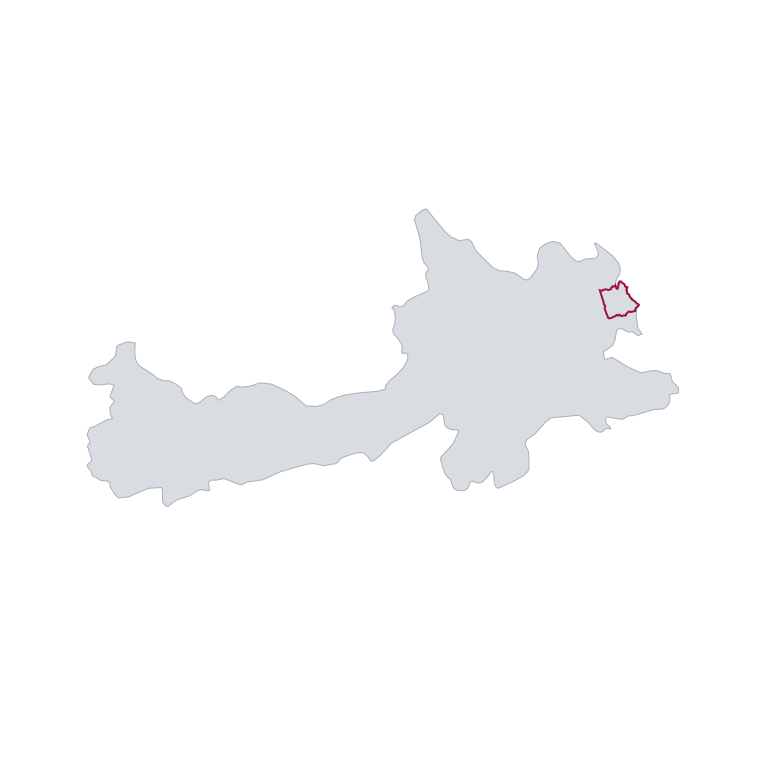 location of Long, Louang Namtha, Laos, rotated 117°
{"feature_id": "54806243B81400796532262", "entity_name": "Long", "entity_type": "district", "adm_level": 2, "iso_a3": "LAO", "parent_name": "Laos", "parent_adm1": "Louang Namtha", "projection": "mercator", "projection_center": [100.748, 20.99], "detail": "fine", "context": "in_parent", "style": "outline", "palette": "rose", "viewbox_px": 768, "rotation_deg": 117, "n_neighbors": 0, "source": "geoboundaries", "source_scale": "gbopen_adm2", "svg_char_len": 8460}
<svg xmlns="http://www.w3.org/2000/svg" viewBox="0 0 768 768"><g transform="rotate(117 384 384)"><path d="M280.5,125.3L283.8,131.3L299.1,147.7L301.7,152.1L307.3,155.5L312.0,169.9L314.0,170.8L316.5,169.8L318.4,167.8L320.0,162.2L321.1,161.6L322.8,166.2L327.1,167.6L329.0,169.6L329.5,173.1L328.9,176.7L325.3,184.9L323.2,195.9L338.1,219.5L344.3,222.7L359.2,226.6L369.3,231.8L374.0,230.5L378.5,224.7L383.9,221.4L393.9,216.4L396.8,216.1L402.3,218.1L411.4,224.0L425.2,235.0L424.7,237.9L422.2,240.7L414.9,245.1L412.5,247.9L413.9,248.9L420.1,249.6L427.3,252.1L429.5,255.0L430.7,261.5L432.0,262.7L438.7,262.0L440.8,262.9L443.2,265.0L445.6,270.4L445.5,274.4L438.8,281.6L438.1,285.8L434.6,290.9L425.5,299.5L423.0,300.0L406.1,295.3L392.7,295.9L391.6,297.7L393.9,302.9L394.5,308.0L392.5,311.8L384.7,316.9L384.4,319.1L386.0,321.3L397.2,325.9L433.0,350.3L449.3,355.0L456.5,358.1L458.4,359.8L458.3,361.9L456.4,364.6L454.9,369.4L454.8,372.3L456.5,375.1L459.4,379.2L469.4,388.4L476.7,390.6L484.4,401.2L486.7,410.4L490.5,416.4L509.0,436.3L524.5,448.6L533.7,461.8L538.2,464.8L539.6,469.5L540.8,483.4L546.2,490.4L547.3,493.2L549.6,495.2L552.2,495.6L557.7,491.1L558.8,491.7L561.2,499.1L563.5,501.7L571.6,506.2L580.3,515.0L585.0,518.2L590.9,520.7L591.7,523.5L590.6,526.3L588.8,528.2L578.7,533.3L577.3,535.5L584.0,546.7L600.8,560.6L606.0,568.9L604.9,572.9L600.2,581.0L596.8,583.2L595.8,585.7L598.4,592.3L598.1,602.5L594.9,604.9L592.0,611.1L589.9,611.6L584.8,609.3L574.0,620.0L569.3,619.5L563.9,625.5L556.9,626.2L552.1,621.8L541.8,614.7L538.2,610.2L535.0,614.0L529.5,617.7L521.9,616.4L519.9,621.8L518.4,622.7L509.1,623.7L507.4,624.5L508.9,629.4L514.3,637.6L516.0,642.4L512.6,650.1L503.0,649.9L498.7,646.8L493.3,640.2L481.0,635.9L472.9,638.8L470.4,638.7L464.2,633.2L461.9,629.6L460.5,624.3L469.9,620.0L474.6,616.7L477.7,613.1L479.0,609.4L480.5,594.1L481.9,588.6L481.2,582.0L478.6,576.7L478.6,568.9L480.0,562.5L483.5,559.3L486.0,554.7L487.5,544.4L486.4,541.8L482.9,539.2L476.9,536.8L473.2,533.8L471.7,530.1L471.9,526.9L473.7,524.2L469.2,521.1L458.5,517.6L452.5,513.6L451.3,508.8L446.8,502.5L439.1,494.8L435.0,483.6L434.6,469.1L435.5,457.2L438.9,443.4L434.4,433.5L429.5,428.2L422.6,424.4L416.0,418.8L409.8,411.6L402.4,400.9L393.7,386.8L387.9,380.4L384.9,381.9L378.6,380.6L369.0,376.5L360.7,374.3L353.5,373.9L348.9,374.9L346.8,377.0L346.6,379.2L348.4,381.3L347.4,382.9L343.7,384.1L340.7,386.4L337.3,391.6L335.0,398.4L331.4,401.0L326.0,401.6L320.6,403.6L315.3,406.9L312.8,409.4L313.1,411.1L311.9,411.5L309.4,410.5L308.1,408.3L308.3,404.7L305.6,402.3L300.0,401.1L293.7,397.3L281.8,387.6L279.0,387.1L275.1,389.7L269.9,395.1L265.7,397.3L262.3,396.2L259.8,398.1L258.0,403.1L254.6,407.0L238.5,417.6L224.0,431.2L220.3,432.4L211.5,428.6L208.7,425.9L220.8,398.1L222.6,391.3L222.2,382.4L217.1,374.9L216.9,372.8L217.7,370.5L223.9,361.8L231.0,339.5L230.6,332.5L227.5,324.9L225.8,317.6L227.1,307.7L226.6,303.9L223.2,301.9L212.1,299.9L205.8,301.6L202.7,304.3L199.0,306.0L192.1,306.9L185.5,303.5L180.0,297.8L178.6,290.9L185.5,275.8L187.2,270.0L187.0,267.3L185.8,264.4L184.2,264.0L180.6,260.5L177.2,254.2L173.9,251.4L170.9,251.9L168.1,254.3L163.4,260.2L162.0,259.4L166.0,238.6L169.9,229.7L174.4,225.6L179.2,223.8L184.3,224.5L188.5,223.7L191.9,221.6L191.6,220.3L187.6,220.0L186.0,217.6L186.8,213.2L188.6,210.3L191.4,209.0L194.0,204.5L196.6,196.8L199.8,192.9L203.5,192.8L209.9,189.6L218.9,183.1L222.3,176.8L225.7,179.7L224.5,186.9L226.2,188.5L227.1,191.1L226.6,195.1L227.3,198.6L228.7,200.2L230.7,201.1L240.2,198.1L246.1,197.9L255.6,203.2L261.3,199.3L261.4,197.8L256.7,192.8L258.1,174.4L257.5,160.4L249.6,150.0L248.0,145.9L247.2,139.1L245.0,133.3L250.6,128.6L253.7,120.0L257.6,117.9L258.9,118.2L263.7,124.7L269.8,121.4L274.5,121.4L278.4,123.2L280.5,125.3Z" fill="#d9dde1" stroke="#a8b0b8" stroke-width="1"/><path d="M205.0,193.3L204.7,193.3L204.1,193.5L203.9,193.8L203.5,193.9L202.7,194.1L202.4,194.1L202.0,194.0L201.9,193.9L201.5,193.9L201.4,193.9L201.1,193.8L200.8,193.7L200.5,193.6L200.0,193.3L199.9,193.2L199.7,193.1L199.3,193.1L199.0,193.0L198.9,192.9L198.7,192.8L198.2,192.7L197.8,192.7L197.7,192.8L197.6,193.1L197.6,193.4L197.5,193.8L197.4,194.3L197.4,194.5L197.4,194.8L197.4,195.3L197.4,195.6L197.3,195.9L197.2,196.1L197.0,196.4L197.0,196.5L196.9,196.8L196.9,197.2L196.7,197.5L196.6,198.0L196.5,198.4L196.3,198.8L196.3,199.4L196.3,199.7L196.3,200.4L196.3,200.8L196.3,201.1L196.2,201.5L196.0,201.8L195.7,201.9L195.6,202.0L195.4,202.3L195.3,202.6L195.3,203.0L195.2,203.4L195.1,203.7L195.0,204.0L194.9,204.3L194.8,204.5L194.6,204.7L194.3,205.2L194.2,205.3L193.9,205.4L193.8,205.6L193.7,205.7L193.2,206.1L193.0,206.5L192.9,206.7L192.9,206.8L193.0,206.9L193.0,207.1L193.0,207.3L193.0,207.6L193.0,207.9L192.9,208.2L192.9,208.4L192.8,208.6L192.7,208.7L192.6,208.8L192.4,208.9L192.2,208.9L191.5,209.3L191.4,209.3L191.2,209.6L190.4,210.7L190.3,210.8L190.1,210.8L189.8,210.9L189.5,210.9L189.4,210.9L189.2,210.8L188.9,210.8L188.6,210.9L188.1,210.9L187.3,211.0L187.2,211.2L187.3,211.3L187.3,211.5L187.5,211.7L187.5,211.9L187.6,212.0L187.7,212.5L187.6,213.0L187.6,213.4L187.5,213.5L187.4,213.7L187.3,213.8L187.1,213.9L187.0,214.0L186.9,214.1L186.7,214.2L186.6,214.3L186.4,214.5L186.2,214.8L186.1,215.0L186.0,215.3L185.9,215.9L185.8,216.1L185.8,216.9L185.7,217.4L185.6,217.8L185.6,218.1L185.5,218.4L185.5,218.6L185.4,218.7L185.4,218.8L185.2,219.0L185.1,219.3L185.1,219.6L185.1,219.8L185.3,220.0L185.6,220.3L185.8,220.6L186.1,220.7L186.4,220.7L186.7,220.8L187.1,220.9L187.3,220.9L187.6,220.8L187.9,220.8L188.0,220.8L188.1,220.7L188.2,220.4L188.4,220.4L188.6,220.3L188.8,220.3L189.0,220.3L189.2,220.2L189.4,220.0L189.5,219.9L190.1,219.8L190.4,219.7L190.5,219.7L191.1,219.5L191.4,219.5L191.7,219.3L192.1,219.3L192.5,219.1L193.0,219.2L193.2,219.3L193.3,219.4L193.3,219.5L193.4,219.9L193.4,220.1L193.3,220.3L193.1,220.4L193.0,220.5L192.8,220.6L192.7,220.7L192.6,220.8L192.5,221.0L192.4,221.2L192.3,221.3L192.0,221.7L191.9,221.8L191.8,222.0L191.5,222.2L191.4,222.4L191.2,222.6L191.3,222.6L191.5,222.6L191.8,222.7L192.0,222.7L192.3,222.7L192.4,222.8L192.5,223.0L192.4,223.0L192.4,223.4L192.5,223.7L192.6,223.8L192.8,223.9L192.9,223.7L193.0,223.8L193.1,224.0L193.1,224.3L193.3,224.3L193.5,224.4L193.5,224.5L193.8,224.7L193.8,224.8L194.0,224.9L194.0,225.0L194.5,225.1L194.8,225.1L195.1,225.0L195.3,225.1L195.5,225.0L195.6,224.9L195.8,224.8L196.1,224.8L196.3,224.9L196.5,224.9L196.6,225.0L197.0,225.3L197.3,225.6L197.7,225.8L197.8,225.9L197.9,226.0L198.0,226.2L198.0,226.3L198.2,226.5L198.3,226.8L198.3,227.0L198.4,227.3L198.5,227.6L198.6,228.0L198.8,228.7L198.9,229.0L199.0,229.4L199.1,229.6L199.2,229.8L199.3,230.0L199.5,230.2L199.6,230.3L199.8,230.5L200.0,230.7L200.1,230.8L200.3,230.9L200.5,231.1L200.7,231.3L200.9,231.5L201.2,231.9L201.4,232.0L201.6,232.1L201.8,232.1L202.0,232.1L202.2,232.4L202.2,232.8L202.3,233.0L202.3,233.3L202.5,233.7L202.7,233.9L202.7,234.0L207.3,229.6L207.6,229.3L207.8,229.2L208.2,228.8L208.5,228.3L208.9,228.0L209.2,227.7L209.4,227.5L209.6,227.3L209.8,227.0L210.0,226.8L210.1,226.6L210.3,226.5L210.5,226.3L210.7,226.1L211.0,225.9L211.4,225.5L211.6,225.4L211.8,225.3L212.1,225.0L212.7,224.6L213.0,224.4L213.4,223.8L213.5,223.6L213.5,223.3L213.8,222.6L214.0,222.4L214.3,222.2L214.6,222.1L214.9,222.1L215.3,222.1L215.6,222.1L215.8,222.1L216.0,222.0L216.2,221.8L216.3,221.7L216.5,221.5L217.0,221.2L217.5,220.7L217.9,220.4L218.1,220.0L218.4,219.8L218.6,219.6L219.3,218.8L219.4,218.7L219.6,218.5L220.0,218.1L220.4,217.6L220.7,217.2L220.8,217.0L221.4,216.5L222.0,215.6L222.8,214.8L223.4,214.2L223.4,213.6L223.2,213.1L223.0,212.8L222.7,212.5L222.4,212.0L222.0,211.6L221.6,211.2L221.0,210.7L220.1,210.1L219.8,209.8L219.6,209.7L219.3,209.2L218.8,209.0L218.5,208.9L218.1,208.7L217.8,208.5L217.3,208.3L216.9,208.1L216.8,207.5L216.8,207.2L217.0,206.7L216.8,206.6L216.4,206.4L215.9,206.2L215.6,206.2L215.5,205.9L215.5,205.5L215.4,205.1L215.4,204.8L215.6,204.3L215.8,204.1L215.9,203.6L215.7,203.3L215.4,203.1L215.3,202.9L215.2,202.7L214.8,202.3L214.5,202.0L214.4,201.9L214.2,201.6L213.9,201.3L213.8,201.2L213.7,201.0L213.6,200.8L213.5,200.4L213.4,200.0L213.4,199.8L213.0,199.6L212.8,199.7L212.5,199.9L212.1,199.8L211.7,199.8L211.3,199.9L211.0,199.9L210.7,199.6L210.4,199.5L210.0,199.4L209.0,199.2L208.6,199.0L208.2,198.7L208.1,198.4L208.3,198.3L208.3,198.0L208.1,197.7L207.9,197.5L207.7,197.2L207.7,196.7L207.5,196.4L207.2,196.2L207.0,195.9L206.9,195.7L206.7,195.4L206.6,195.2L206.4,195.1L206.0,194.8L205.9,194.6L205.5,194.2L205.2,193.7L205.0,193.3Z" fill="none" stroke="#9f1239" stroke-width="2"/></g></svg>